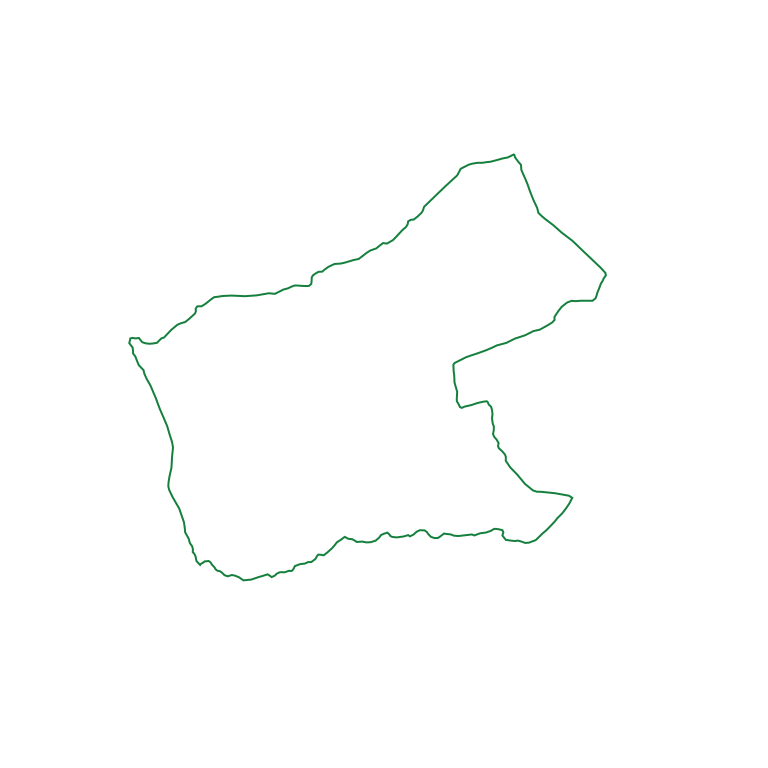 Kiruna, Norrbotten, Sweden, rotated 132°
{"feature_id": "70781695B94600430897975", "entity_name": "Kiruna", "entity_type": "district", "adm_level": 2, "iso_a3": "SWE", "parent_name": "Sweden", "parent_adm1": "Norrbotten", "projection": "orthographic", "projection_center": [20.786, 68.216], "detail": "fine", "context": "isolated", "style": "outline", "palette": "green", "viewbox_px": 768, "rotation_deg": 132, "n_neighbors": 0, "source": "geoboundaries", "source_scale": "gbopen_adm2", "svg_char_len": 4330}
<svg xmlns="http://www.w3.org/2000/svg" viewBox="0 0 768 768"><g transform="rotate(132 384 384)"><path d="M641.5,399.6L640.1,399.7L638.0,399.0L635.7,398.5L634.2,397.0L632.9,396.0L632.6,393.6L633.4,390.8L633.7,387.0L634.4,385.3L634.2,382.8L632.9,380.6L632.6,378.0L632.8,374.6L631.5,371.5L627.7,369.2L626.1,366.4L624.6,362.2L624.3,359.2L623.9,357.0L620.9,354.3L618.2,351.8L611.1,347.8L607.4,345.5L603.3,343.1L602.9,340.9L602.7,338.3L599.4,336.9L596.8,336.8L593.5,335.4L592.2,334.0L590.7,332.1L587.5,330.2L586.2,329.5L585.1,327.8L583.8,327.3L581.2,327.7L579.0,328.4L575.8,326.8L573.3,325.3L570.7,322.8L567.1,321.2L565.0,318.9L559.9,317.9L556.5,318.7L554.8,318.7L552.9,316.3L551.7,314.2L547.2,313.4L540.5,312.7L536.4,312.8L533.1,313.1L529.0,311.9L523.9,310.9L522.9,306.9L520.5,303.6L519.9,300.5L519.6,298.5L515.8,294.9L513.5,291.1L510.4,288.0L506.0,285.4L501.7,284.8L499.5,285.0L498.4,285.2L496.0,284.2L492.2,282.1L492.2,279.5L492.7,277.4L492.1,275.5L489.5,271.9L484.2,267.4L480.1,264.9L479.9,262.8L476.4,261.4L471.7,260.8L468.6,259.5L467.2,257.7L465.7,256.1L465.3,253.2L465.9,250.7L466.2,247.0L464.8,243.5L462.4,240.9L459.6,240.2L454.9,239.3L453.8,237.4L451.2,233.9L449.9,230.5L447.2,227.0L442.8,223.1L437.0,218.0L436.1,215.5L430.7,212.7L426.1,208.8L421.8,206.4L418.0,205.2L416.6,203.7L415.2,201.5L413.4,198.3L414.4,196.0L417.3,194.7L417.8,192.3L418.3,189.1L416.0,185.7L413.2,181.7L410.7,179.6L409.3,176.8L407.6,172.7L404.9,170.1L401.6,168.4L398.6,166.8L396.0,166.6L389.2,166.2L386.4,165.8L384.3,165.5L377.0,165.2L371.6,165.1L367.7,165.4L360.9,165.0L353.7,165.6L348.9,166.3L342.6,167.9L343.3,171.9L350.8,183.9L358.8,194.9L361.8,198.4L363.4,202.0L363.9,212.4L362.2,224.2L361.5,234.4L359.6,242.1L356.6,244.7L355.4,247.1L354.9,251.3L354.9,255.5L353.9,257.7L351.2,259.3L350.0,263.0L349.5,266.8L348.3,269.4L344.8,271.6L342.2,273.8L340.7,276.6L338.9,278.8L337.2,280.8L333.8,283.2L331.3,286.0L329.2,289.2L329.2,292.3L328.1,294.7L328.1,296.1L330.5,298.2L335.4,301.7L341.2,305.0L346.9,309.0L349.7,310.2L350.3,312.1L349.3,314.5L348.0,318.4L346.1,320.2L344.3,321.6L340.8,324.4L335.8,332.5L330.6,337.6L327.5,341.2L323.3,345.3L321.1,345.6L309.1,340.9L304.2,338.2L297.9,334.6L290.4,330.6L284.3,327.8L279.7,325.9L271.6,320.6L262.7,317.1L253.5,311.8L244.6,308.3L239.4,304.6L231.2,301.8L225.9,300.2L222.3,300.1L220.1,302.2L213.4,303.2L207.7,303.6L200.8,302.4L196.6,300.2L194.1,296.9L190.3,293.3L186.4,289.0L182.7,284.8L178.9,284.1L175.6,285.4L173.5,286.5L169.8,287.8L168.0,288.5L164.2,290.0L161.2,290.5L158.5,291.4L154.8,291.8L153.3,293.8L152.6,301.1L152.0,324.4L151.5,339.9L152.6,352.9L152.7,364.6L153.5,373.9L153.7,378.7L153.5,383.8L150.7,387.9L147.4,395.8L143.3,404.1L139.2,411.6L137.0,416.3L133.0,425.2L129.5,428.8L128.9,433.4L127.8,438.5L126.5,440.4L126.7,441.2L132.8,443.6L137.2,446.9L142.3,450.1L147.6,453.6L150.6,456.3L154.3,459.4L156.9,462.4L161.7,466.2L164.6,467.9L170.8,470.3L172.8,471.0L177.1,469.9L180.0,469.2L197.0,470.8L225.4,472.8L229.0,471.2L231.7,470.7L237.2,471.1L242.0,472.0L243.8,473.8L246.9,474.9L249.5,473.3L252.8,472.7L256.8,473.3L263.3,473.4L271.0,473.6L277.7,475.8L279.9,479.0L283.5,479.7L288.5,480.5L293.9,483.5L297.9,484.6L308.1,486.5L311.8,489.3L315.6,491.6L319.5,494.0L323.3,496.6L327.9,501.1L334.1,503.7L339.2,504.8L341.7,505.0L344.6,507.8L348.0,508.9L350.7,509.5L353.0,509.1L355.8,506.8L358.3,505.0L361.3,505.4L363.6,507.7L365.9,510.5L368.8,514.3L370.7,516.4L373.6,517.9L377.2,519.4L381.2,522.0L390.0,525.4L393.6,530.3L403.3,537.9L411.8,546.1L420.5,556.7L426.7,562.9L430.5,566.0L433.3,568.4L438.2,569.4L443.3,570.2L448.2,571.5L451.2,574.7L454.0,574.4L455.7,572.5L458.2,571.6L465.9,572.4L471.0,573.2L474.6,575.5L478.3,577.2L486.0,578.3L496.8,578.6L498.8,579.9L502.6,580.2L505.2,580.2L508.6,582.9L511.0,585.2L513.2,588.2L514.7,591.6L514.4,593.7L513.8,596.9L516.4,599.2L518.1,601.8L519.9,603.0L521.8,601.9L524.1,600.6L525.1,595.2L527.2,592.8L529.2,590.9L530.0,587.0L531.5,584.2L534.1,578.8L534.6,572.0L536.7,569.0L539.1,563.6L541.3,556.8L547.0,544.5L552.7,533.6L556.7,524.8L560.5,516.7L564.5,510.3L569.0,502.6L572.4,498.3L579.9,492.8L588.5,485.9L596.5,481.4L601.0,478.5L604.3,475.9L606.5,472.7L609.4,465.7L613.6,452.8L620.7,440.0L624.5,435.5L627.3,432.5L629.7,425.5L632.1,421.9L633.0,417.9L634.7,415.4L636.9,413.6L637.1,411.3L638.4,408.4L641.0,405.0L641.5,399.6Z" fill="none" stroke="#15803d" stroke-width="2"/></g></svg>